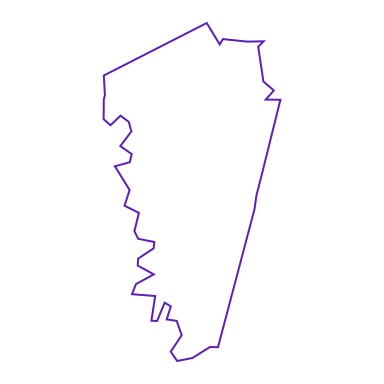 Woodford, Kentucky, United States of America (Equal Earth projection)
{"feature_id": "52423323B53246726964518", "entity_name": "Woodford", "entity_type": "district", "adm_level": 2, "iso_a3": "USA", "parent_name": "United States of America", "parent_adm1": "Kentucky", "projection": "equal_earth", "projection_center": [-84.767, 38.022], "detail": "fine", "context": "isolated", "style": "outline", "palette": "violet", "viewbox_px": 384, "rotation_deg": 0, "n_neighbors": 0, "source": "geoboundaries", "source_scale": "gbopen_adm2", "svg_char_len": 737}
<svg xmlns="http://www.w3.org/2000/svg" viewBox="0 0 384 384"><path d="M206.7,23.0L103.8,75.5L104.9,95.2L103.8,99.3L103.6,119.2L110.5,125.2L120.5,115.7L128.8,121.9L131.4,131.4L120.3,146.1L131.7,154.1L129.8,162.2L114.9,166.3L129.6,190.0L124.5,205.7L138.9,212.9L134.4,231.2L138.2,238.8L154.3,242.0L153.6,248.4L138.1,258.6L137.7,265.6L153.8,274.4L136.0,284.0L132.0,294.2L155.2,296.0L151.4,320.7L157.1,321.0L164.7,302.7L170.8,306.4L166.7,319.4L176.7,320.9L181.7,335.2L170.7,351.7L177.2,361.0L192.4,358.0L210.0,347.0L218.0,347.2L254.5,209.2L256.4,195.7L262.7,170.9L277.5,111.4L280.4,99.8L265.7,99.6L273.8,90.5L263.4,81.5L258.2,46.7L263.6,41.3L247.2,41.6L222.9,39.1L219.7,44.4L206.7,23.0Z" fill="none" stroke="#5b21b6" stroke-width="2"/></svg>